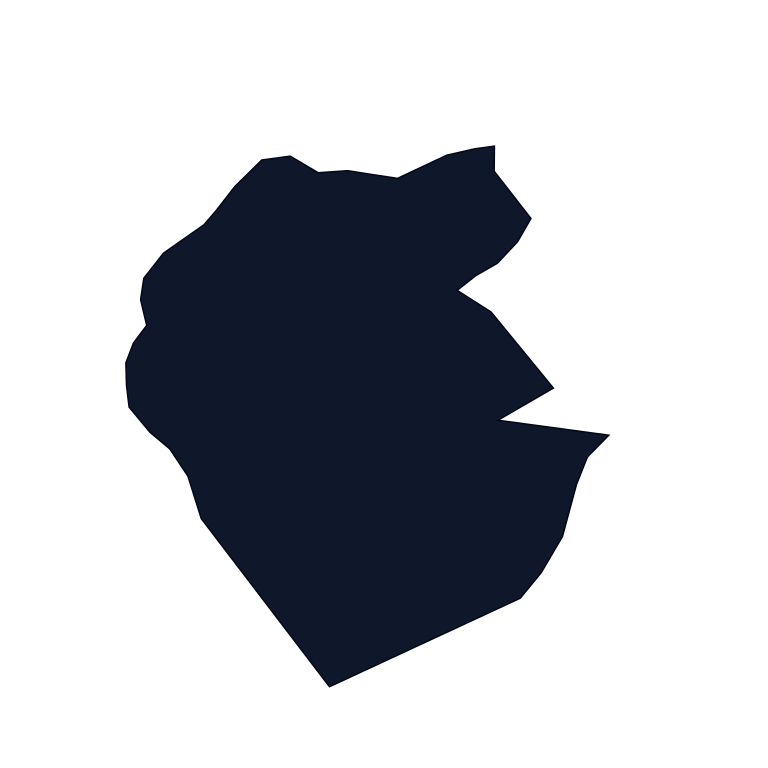 outline of Vila Flor, Rio Grande do Norte, Brazil, rotated 325°
{"feature_id": "56859067B91583565778488", "entity_name": "Vila Flor", "entity_type": "district", "adm_level": 2, "iso_a3": "BRA", "parent_name": "Brazil", "parent_adm1": "Rio Grande do Norte", "projection": "robinson", "projection_center": [-35.08, -6.303], "detail": "fine", "context": "isolated", "style": "filled", "palette": "ink", "viewbox_px": 768, "rotation_deg": 325, "n_neighbors": 0, "source": "geoboundaries", "source_scale": "gbopen_adm2", "svg_char_len": 675}
<svg xmlns="http://www.w3.org/2000/svg" viewBox="0 0 768 768"><g transform="rotate(325 384 384)"><path d="M610.9,252.5L593.7,243.6L566.8,232.6L513.0,223.3L492.0,203.3L476.7,188.5L451.3,173.2L437.8,143.5L412.4,130.4L375.0,136.7L346.2,145.6L327.9,150.3L300.6,150.3L278.6,150.3L247.9,159.6L233.0,175.3L223.2,199.9L202.3,206.7L184.7,218.6L172.4,237.2L161.9,256.8L164.6,289.4L171.3,314.4L170.5,347.1L157.1,389.5L165.7,600.7L372.8,637.6L404.6,628.7L442.7,611.3L484.2,576.6L508.9,560.4L538.8,554.9L456.5,479.0L520.4,484.5L513.0,386.5L497.6,349.2L521.6,347.9L546.2,350.1L575.0,344.1L599.3,332.7L596.3,272.9L610.9,252.5Z" fill="#0f172a" stroke="#020617" stroke-width="1.5"/></g></svg>